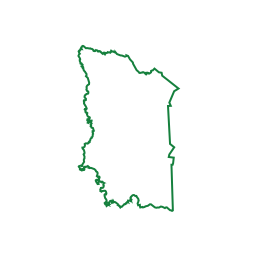 Municipality A, Montevideo, Uruguay (Albers equal-area conic projection), rotated 53°
{"feature_id": "84410073B77317438071438", "entity_name": "Municipality A", "entity_type": "district", "adm_level": 2, "iso_a3": "URY", "parent_name": "Uruguay", "parent_adm1": "Montevideo", "projection": "albers", "projection_center": [-56.335, -34.842], "detail": "fine", "context": "isolated", "style": "outline", "palette": "green", "viewbox_px": 256, "rotation_deg": 53, "n_neighbors": 0, "source": "geoboundaries", "source_scale": "gbopen_adm2", "svg_char_len": 5848}
<svg xmlns="http://www.w3.org/2000/svg" viewBox="0 0 256 256"><g transform="rotate(53 128 128)"><path d="M104.1,67.9L102.1,69.8L96.5,71.1L96.9,73.6L96.4,74.6L96.3,75.2L97.4,76.1L97.4,78.1L97.1,78.6L96.3,78.6L95.5,79.2L94.9,80.2L96.0,80.5L96.1,80.8L95.8,81.0L95.9,81.3L93.1,81.9L92.4,82.4L92.2,83.6L91.8,83.9L91.3,85.3L90.7,85.8L89.8,85.7L87.0,86.3L79.8,85.3L78.6,84.7L74.4,85.1L70.5,84.6L69.2,85.4L69.7,85.6L69.2,87.5L66.5,89.2L65.4,90.4L62.3,92.3L59.8,92.4L60.2,92.7L58.6,93.6L58.0,93.7L57.4,94.8L56.3,94.8L56.1,94.9L56.3,95.2L57.0,95.7L57.2,96.9L56.3,97.3L56.1,98.0L55.2,98.5L55.4,99.6L55.0,100.2L55.0,100.8L54.7,100.9L54.9,101.3L54.6,101.2L54.0,101.6L54.2,102.0L52.6,101.6L53.6,102.4L53.5,102.6L53.6,102.8L53.6,103.2L53.3,103.3L53.4,103.6L52.3,103.9L50.9,103.9L50.8,104.1L49.7,104.2L49.3,104.6L49.4,105.2L49.2,105.5L48.8,105.5L48.6,105.9L48.2,105.7L47.7,105.8L47.1,106.3L47.6,106.5L46.9,106.5L46.5,106.7L46.8,107.5L46.4,107.8L46.5,108.2L46.1,108.4L46.1,108.8L45.7,109.1L44.3,108.8L43.1,109.2L42.5,109.9L41.6,110.3L41.4,110.9L39.9,112.2L38.9,113.6L35.9,114.2L35.3,114.6L35.2,114.9L35.6,115.0L35.4,116.5L35.8,117.3L37.1,117.5L36.5,118.1L36.4,118.5L36.9,118.9L36.8,119.5L37.3,119.9L37.3,120.4L36.9,120.7L37.1,121.3L38.8,121.8L39.7,121.8L39.7,122.7L40.6,124.2L43.5,124.5L44.3,124.8L44.5,125.5L44.9,125.6L45.0,125.9L45.5,126.2L47.4,126.7L48.6,126.2L49.3,126.4L49.2,126.6L50.1,126.2L50.8,127.0L51.6,127.1L51.3,127.5L51.7,127.5L51.6,127.8L52.2,127.6L52.5,127.9L53.1,127.8L53.2,128.1L54.0,128.0L54.9,128.5L56.5,128.6L57.3,128.4L58.0,128.6L59.7,128.6L60.9,129.3L61.3,130.4L63.8,130.0L68.4,131.7L69.6,132.8L69.5,134.6L69.8,135.7L70.3,136.5L71.3,136.9L72.4,138.2L73.0,138.1L73.7,138.4L74.9,137.8L76.1,138.5L76.5,139.2L75.9,140.5L76.0,140.9L75.8,141.5L75.9,142.3L76.2,142.5L76.4,143.5L77.4,144.2L79.3,144.0L80.3,144.8L80.2,145.6L79.4,146.2L79.5,146.7L80.6,147.5L81.3,147.7L82.0,148.4L85.2,148.7L87.5,149.2L87.9,149.8L87.8,150.2L87.3,150.5L86.9,151.0L87.2,151.5L88.4,151.3L88.9,151.7L89.3,152.2L89.9,152.4L90.5,152.3L90.8,151.7L91.6,151.5L92.4,152.6L94.3,153.1L95.4,152.9L96.2,152.2L96.8,152.3L97.8,153.7L97.4,153.8L96.8,154.5L96.7,155.0L96.9,155.0L96.8,155.3L97.3,155.8L97.8,155.1L98.3,155.0L99.5,157.0L99.8,156.8L99.4,156.6L98.4,155.0L99.0,154.7L99.2,155.3L99.4,155.3L99.2,154.4L99.5,154.3L99.7,155.2L100.0,155.2L99.6,153.7L100.2,152.6L100.4,152.7L100.8,153.6L101.3,154.0L101.0,154.2L101.7,154.5L102.5,154.4L103.0,155.9L103.8,155.9L104.5,156.4L104.1,156.5L104.2,156.8L105.2,156.7L105.8,156.9L107.0,156.0L109.4,156.9L109.6,157.2L109.2,158.2L109.7,158.5L110.0,158.1L110.2,158.9L111.7,159.4L111.8,159.9L113.3,161.2L113.6,161.9L113.6,162.3L113.8,162.5L113.6,162.8L114.0,163.2L113.9,163.4L114.3,164.8L115.3,165.8L115.4,166.8L116.2,167.1L116.2,168.1L115.7,168.1L116.2,169.6L115.1,170.6L114.8,171.1L114.7,172.2L115.9,172.8L116.8,173.9L116.8,175.1L116.2,176.2L117.0,176.6L119.2,176.5L121.3,177.4L122.2,178.2L122.1,178.6L122.3,179.3L124.6,179.9L126.2,181.2L126.4,182.0L127.5,182.9L128.6,183.4L129.9,186.9L130.4,187.0L130.7,187.6L130.6,187.9L130.1,187.9L129.6,188.3L129.0,190.3L129.2,190.6L131.3,190.6L132.2,191.4L133.0,191.0L132.7,190.9L132.9,189.8L133.3,189.1L133.4,189.4L134.2,189.5L134.5,189.4L135.1,188.2L134.6,187.5L132.7,186.8L132.8,186.1L133.8,185.2L133.6,184.7L134.2,183.7L134.2,183.0L135.4,182.8L135.6,183.0L135.7,182.9L136.0,183.4L137.0,182.7L137.2,182.1L137.8,181.4L140.6,179.6L142.4,179.3L143.5,179.6L144.7,179.1L145.8,179.4L146.5,180.3L147.4,180.9L147.4,181.5L147.7,181.9L149.1,181.5L149.2,180.8L149.6,180.2L150.2,180.3L150.4,180.9L150.9,181.2L150.9,181.7L151.7,182.1L152.1,182.6L152.0,183.1L151.0,183.6L151.0,183.9L150.5,184.2L150.3,185.1L150.7,185.5L152.8,185.9L153.9,185.8L154.5,186.0L154.7,185.7L154.1,185.2L154.4,185.0L154.1,184.9L153.3,183.9L153.6,183.3L153.3,182.6L155.0,182.0L155.4,181.8L155.2,181.0L155.6,180.7L156.4,180.8L157.0,180.5L156.9,180.7L157.9,180.9L158.2,181.6L158.6,182.0L159.4,182.0L160.3,182.9L160.6,184.2L159.5,185.5L158.9,185.1L159.8,185.9L160.4,187.1L161.1,187.3L161.6,188.0L162.9,187.5L162.9,186.4L164.1,184.3L164.6,183.9L165.8,184.0L167.2,184.6L167.7,185.2L167.8,185.6L167.2,185.8L167.0,186.2L167.1,186.8L168.2,187.6L170.3,188.4L172.1,188.4L173.1,188.8L173.8,189.5L174.2,189.5L174.4,190.3L173.8,190.6L173.9,191.8L175.3,192.1L176.4,191.6L177.4,192.0L177.4,191.8L176.5,191.5L176.5,191.3L176.9,191.4L177.1,190.9L177.9,190.7L177.3,190.8L177.2,190.3L177.5,190.1L176.9,190.1L176.8,189.5L177.2,189.5L177.4,189.1L176.4,189.4L176.2,188.9L176.9,188.9L176.4,188.8L176.7,188.4L176.0,187.3L176.0,186.2L175.6,186.0L175.9,185.4L177.4,185.3L177.2,185.0L177.7,185.5L177.7,185.3L178.0,185.2L177.8,185.0L178.3,185.1L178.4,184.8L178.2,184.8L178.3,184.5L178.1,184.5L178.4,184.3L178.0,183.9L178.6,184.0L179.0,183.2L179.8,182.7L182.8,181.9L183.4,182.1L184.6,181.8L184.4,182.2L186.3,181.6L186.6,182.0L186.8,182.0L186.7,181.6L187.2,180.2L186.9,179.3L187.0,178.0L186.6,177.3L186.8,176.2L187.3,175.8L187.1,175.2L186.8,174.9L186.7,173.8L186.9,173.8L186.6,173.2L186.7,172.9L187.1,172.7L186.6,172.6L186.3,172.1L186.5,172.1L186.6,170.6L187.0,170.4L186.8,170.3L187.2,169.5L187.7,169.4L187.4,169.3L187.6,168.9L187.3,168.3L185.8,168.4L185.2,168.0L185.1,167.4L184.8,167.2L184.5,164.9L184.8,164.0L185.2,163.5L186.5,163.2L187.3,162.2L188.0,162.3L188.2,162.5L190.6,162.4L192.3,163.1L192.4,163.5L193.0,164.0L194.0,165.7L195.8,166.4L196.5,164.8L198.1,165.8L198.4,165.6L198.9,165.9L199.8,163.9L200.4,163.9L201.1,162.2L201.0,161.4L202.1,158.9L202.1,156.5L202.8,155.6L207.6,154.3L208.8,153.3L209.3,152.2L210.2,151.1L210.5,149.0L211.8,147.9L214.2,146.7L214.2,145.7L214.7,144.8L218.9,143.9L219.8,143.1L220.7,142.7L220.8,141.8L219.6,140.9L183.5,115.4L184.2,114.5L183.4,113.3L179.2,109.3L175.7,112.9L174.0,110.9L171.2,102.7L166.0,104.0L134.5,82.8L136.0,80.5L132.6,79.7L126.4,69.0L126.9,63.9L106.8,69.2L104.1,67.9Z" fill="none" stroke="#15803d" stroke-width="2"/></g></svg>